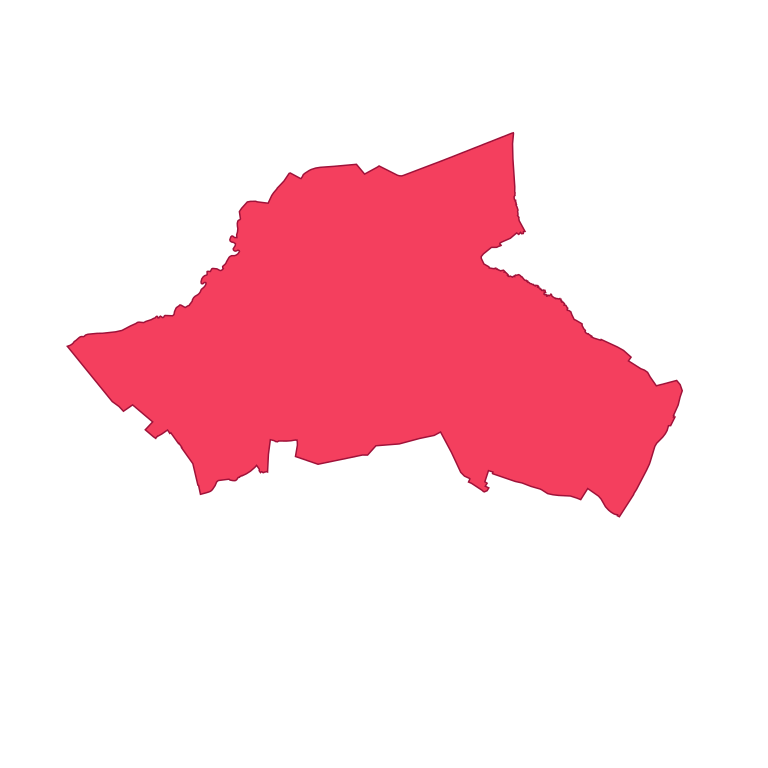 Kerkrade, Limburg, Netherlands, rotated 241°
{"feature_id": "6326949B5477842522812", "entity_name": "Kerkrade", "entity_type": "district", "adm_level": 2, "iso_a3": "NLD", "parent_name": "Netherlands", "parent_adm1": "Limburg", "projection": "orthographic", "projection_center": [6.055, 50.875], "detail": "fine", "context": "isolated", "style": "filled", "palette": "rose", "viewbox_px": 768, "rotation_deg": 241, "n_neighbors": 0, "source": "geoboundaries", "source_scale": "gbopen_adm2", "svg_char_len": 6171}
<svg xmlns="http://www.w3.org/2000/svg" viewBox="0 0 768 768"><g transform="rotate(241 384 384)"><path d="M241.0,419.5L240.7,422.4L242.3,425.3L245.5,423.0L247.2,426.1L249.6,424.8L257.6,433.4L254.2,436.6L253.1,435.5L252.7,435.7L235.1,451.6L230.5,456.8L223.2,462.9L216.5,469.6L215.1,470.6L208.8,474.0L205.2,478.1L201.9,482.7L195.7,492.7L190.8,497.3L187.5,500.0L193.8,511.5L181.9,517.3L178.1,518.1L169.3,518.2L164.8,519.3L161.8,520.5L159.0,522.1L157.8,523.1L156.4,524.9L155.7,524.2L153.8,525.5L166.3,548.8L167.0,549.4L169.4,553.8L181.3,571.8L185.2,577.2L187.1,579.3L198.1,590.6L200.0,593.8L202.4,602.0L204.1,605.9L206.1,609.1L209.6,612.6L208.6,614.5L214.0,622.4L214.8,621.2L215.6,622.2L216.1,621.9L223.0,631.1L229.1,636.7L233.5,641.6L239.8,642.7L245.2,641.7L250.4,621.3L261.3,620.2L266.4,620.2L269.9,618.5L272.9,616.0L285.7,609.0L287.7,613.1L297.2,609.8L303.2,606.1L317.7,595.5L317.2,594.8L322.3,589.9L324.6,588.3L324.6,588.9L324.9,589.0L328.1,587.2L328.9,587.1L329.2,586.7L329.2,586.2L331.1,585.3L332.4,585.2L332.8,585.9L333.3,586.1L335.4,585.5L339.0,585.6L340.6,586.4L347.0,582.6L348.2,581.6L353.6,581.9L356.6,582.4L358.7,581.3L359.6,580.1L360.6,580.4L361.0,581.3L361.3,581.5L362.0,581.2L364.5,581.2L365.2,580.7L365.6,579.8L366.7,580.8L368.7,580.3L369.2,580.1L369.2,579.6L369.7,579.1L370.7,579.7L370.9,579.2L371.4,579.2L372.3,579.9L373.0,579.1L373.5,579.2L373.8,577.8L375.1,576.6L375.2,575.7L376.1,575.5L376.3,575.0L379.3,573.5L381.0,573.8L381.6,573.6L381.3,573.2L381.3,572.5L381.0,571.6L382.0,570.7L381.6,569.8L382.0,568.9L383.1,569.5L384.4,567.7L384.9,567.5L386.0,568.2L385.7,569.3L386.2,569.0L386.5,569.8L387.9,570.2L388.3,569.7L388.3,568.7L389.1,568.7L389.0,568.0L389.5,567.2L390.8,567.3L391.1,566.6L392.0,566.9L394.2,565.3L394.4,565.5L394.1,566.3L394.2,566.5L395.5,566.2L396.7,564.6L396.3,564.1L396.4,563.8L397.0,563.8L397.5,563.1L398.6,562.9L398.6,562.5L400.4,561.3L401.1,560.4L401.9,560.3L403.3,559.5L403.2,559.2L403.5,559.1L404.2,559.6L404.8,559.2L404.7,558.7L405.9,558.6L406.1,557.8L406.9,557.3L410.9,556.6L411.3,556.0L412.5,555.9L414.3,554.9L414.9,552.5L415.5,551.9L415.4,551.0L414.6,550.4L415.5,549.5L415.1,548.3L417.3,546.6L417.2,545.9L417.9,544.9L418.8,545.3L418.9,544.9L419.2,544.7L419.6,545.4L421.9,544.8L422.5,544.4L423.2,544.4L423.6,543.5L424.1,544.1L425.6,543.7L426.6,540.6L427.5,540.2L428.2,539.4L429.6,538.9L429.5,538.4L430.3,537.9L431.0,538.1L431.4,537.4L431.3,536.6L431.8,535.7L434.5,532.3L435.1,532.6L435.7,532.5L440.5,529.6L446.8,530.0L448.3,530.8L449.6,534.0L451.4,544.2L448.9,548.8L448.8,551.4L448.6,551.8L448.4,553.6L449.5,553.6L449.9,553.1L450.7,553.3L451.1,554.1L451.1,555.6L450.2,565.2L451.8,573.2L449.5,574.4L450.4,576.9L448.7,577.2L448.1,578.8L449.6,579.8L449.1,581.3L461.3,581.4L463.8,582.3L464.3,582.8L466.6,582.5L466.9,583.1L468.2,583.8L470.4,584.6L471.1,585.5L474.6,586.2L476.1,586.2L476.6,586.4L476.8,586.9L477.6,586.7L478.1,587.3L480.0,587.4L480.0,587.8L480.9,588.2L481.2,587.7L482.4,587.6L484.2,588.3L485.0,588.9L485.5,590.1L486.5,590.4L487.6,591.3L488.7,591.5L493.1,594.0L518.4,605.9L531.8,612.9L540.3,618.7L541.0,618.9L541.4,617.3L550.9,544.7L557.0,502.3L557.4,500.4L558.5,498.6L559.9,497.1L577.1,485.4L576.9,483.4L577.0,468.8L589.5,466.4L598.6,445.8L604.4,433.3L606.0,428.9L606.9,424.3L607.0,422.0L606.7,417.3L606.3,415.0L605.0,413.2L603.9,411.1L604.5,410.4L614.0,404.3L614.2,403.1L610.0,394.9L607.0,385.4L606.6,385.0L604.8,380.2L603.3,377.2L598.3,370.3L604.8,361.4L606.0,360.4L608.5,355.7L609.5,352.7L606.7,344.6L604.9,341.1L598.0,338.5L597.6,337.7L597.7,336.1L597.4,335.2L595.7,333.6L593.1,332.3L590.8,331.5L587.9,329.5L586.0,327.5L583.4,326.3L584.5,324.4L586.7,323.4L587.2,322.7L586.9,321.3L584.9,319.1L583.7,318.8L582.9,319.1L582.0,319.6L580.7,321.1L578.7,322.1L577.2,321.0L575.3,317.6L574.1,317.3L573.0,317.7L572.3,318.4L571.9,319.6L571.9,320.9L571.6,321.4L570.8,322.0L569.9,321.8L568.7,319.4L568.4,317.4L568.7,315.5L570.1,313.0L570.2,311.3L569.9,309.9L567.4,305.7L566.3,304.3L565.7,302.8L565.1,299.9L563.8,299.3L562.8,299.4L562.2,297.1L562.4,296.2L562.9,295.5L565.7,293.7L568.1,290.3L568.2,289.1L566.6,286.7L568.0,284.5L568.1,283.8L565.4,282.3L565.3,281.6L565.7,279.7L565.4,277.8L564.3,275.6L562.2,273.6L560.8,273.0L559.8,273.4L559.5,274.3L559.8,275.7L559.7,276.6L559.0,277.3L557.9,276.9L556.8,275.5L555.9,273.3L555.3,270.1L553.5,267.8L552.8,266.3L552.4,264.6L552.3,261.3L551.8,259.4L550.6,257.4L549.3,256.3L548.8,254.9L548.2,253.9L548.0,253.0L547.2,251.9L547.4,250.6L547.3,247.2L551.5,244.6L552.1,243.8L551.7,242.3L551.5,239.8L551.2,238.9L548.9,235.9L546.8,234.2L546.4,233.5L546.2,232.1L550.1,225.7L550.0,224.9L549.4,224.0L549.2,223.2L549.5,222.5L551.7,221.4L551.7,220.9L551.0,219.2L551.4,218.4L552.9,218.6L553.4,218.0L553.3,217.1L552.8,215.9L553.1,214.1L553.1,211.6L554.2,206.0L554.2,203.6L556.9,199.7L557.4,198.2L557.2,196.5L557.7,190.2L557.9,180.8L559.8,174.4L564.8,162.5L567.4,157.6L570.4,150.7L571.1,149.0L571.5,146.8L571.3,145.7L571.0,145.3L571.1,144.1L572.2,142.4L572.5,141.0L572.3,139.4L571.5,135.9L571.3,133.6L570.5,132.1L570.1,130.3L570.0,128.2L570.5,125.3L500.4,137.8L492.9,141.3L486.5,142.9L487.6,154.0L463.0,163.3L459.7,153.0L449.5,156.8L447.1,158.0L447.6,158.8L448.2,160.9L448.0,161.0L448.0,165.5L448.7,172.4L444.6,172.7L444.7,173.9L431.5,175.4L431.6,175.9L426.6,176.5L426.5,176.0L407.0,178.2L385.8,172.2L385.0,172.6L376.5,170.0L375.1,175.5L374.5,178.4L374.3,180.2L374.5,181.7L375.0,183.1L377.0,187.0L379.5,190.2L379.9,192.3L376.1,201.8L375.6,202.5L374.7,202.7L373.0,204.7L372.0,206.2L371.5,207.5L371.8,209.0L372.9,211.0L372.5,212.4L372.9,212.6L372.8,215.3L372.5,215.3L372.2,220.1L372.5,225.0L373.7,230.6L374.6,233.1L370.5,233.6L369.6,233.5L368.7,232.8L366.4,233.0L366.7,234.1L366.6,234.6L365.1,235.2L364.8,235.8L365.0,236.3L364.4,238.2L364.3,238.9L363.5,239.5L378.5,248.8L390.4,257.6L387.4,260.8L386.4,261.1L385.1,262.8L385.2,264.3L381.3,271.2L379.4,275.3L377.9,279.6L377.5,279.8L377.2,280.7L375.6,280.2L372.5,278.6L363.5,271.4L345.8,287.4L332.3,330.8L329.8,335.2L333.9,347.0L324.2,368.3L319.1,388.8L314.7,403.0L314.6,410.2L291.1,409.8L269.6,408.3L264.5,409.7L259.7,413.2L259.3,413.1L257.3,410.4L254.7,412.4L243.4,418.3L241.8,418.8L241.0,419.5Z" fill="#f43f5e" stroke="#9f1239" stroke-width="1.5"/></g></svg>